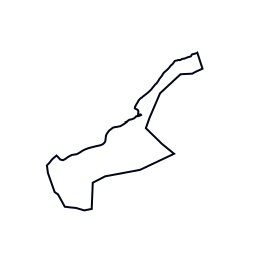 outline of Banannes Bay, Castries, Saint Lucia, rotated 299°
{"feature_id": "8701671B10070089345452", "entity_name": "Banannes Bay", "entity_type": "district", "adm_level": 2, "iso_a3": "LCA", "parent_name": "Saint Lucia", "parent_adm1": "Castries", "projection": "orthographic", "projection_center": [-61.0, 14.011], "detail": "fine", "context": "isolated", "style": "outline", "palette": "ink", "viewbox_px": 256, "rotation_deg": 299, "n_neighbors": 0, "source": "geoboundaries", "source_scale": "gbopen_adm2", "svg_char_len": 1937}
<svg xmlns="http://www.w3.org/2000/svg" viewBox="0 0 256 256"><g transform="rotate(299 128 128)"><path d="M216.0,164.4L227.5,152.1L226.5,151.5L226.2,151.2L225.2,150.2L224.0,148.9L223.5,148.4L222.7,148.2L222.1,148.3L221.5,148.3L221.0,148.1L220.6,147.8L219.9,147.1L218.8,145.9L217.5,144.9L216.1,143.7L215.7,143.2L214.5,141.7L213.6,141.3L213.1,141.0L212.4,140.3L212.3,139.7L211.7,138.9L210.9,138.2L210.2,137.3L209.7,136.8L209.2,136.4L208.3,136.3L206.9,136.2L205.2,135.9L204.1,135.4L203.1,135.1L201.3,134.9L199.2,134.4L197.7,134.0L195.1,133.0L193.9,132.6L192.5,132.4L189.6,132.3L186.4,131.7L184.2,131.7L181.2,131.4L179.7,130.9L178.7,130.6L175.7,130.1L172.7,129.6L170.8,129.0L168.9,128.4L166.2,127.3L163.9,126.3L163.1,125.9L161.5,125.4L160.5,124.8L159.0,124.3L157.2,123.9L155.3,124.0L152.5,123.8L149.8,123.9L148.5,124.5L148.4,124.9L148.5,125.5L148.6,126.2L148.4,128.1L147.8,128.8L147.5,129.0L146.5,129.5L144.7,130.2L144.5,130.4L145.1,131.7L145.8,132.1L146.0,132.5L145.7,133.1L144.5,132.3L143.2,131.0L142.8,130.4L142.4,129.6L140.6,129.1L139.5,128.7L137.6,127.2L136.1,125.5L135.4,124.9L133.5,124.2L133.1,123.9L132.3,123.3L132.2,123.8L129.9,122.8L127.5,121.4L125.7,120.3L124.4,118.6L123.6,117.8L122.4,116.1L120.9,114.6L119.4,114.0L116.7,112.8L114.9,112.5L112.6,112.3L112.0,112.3L110.5,112.5L109.6,112.9L107.6,113.7L105.6,114.5L104.2,114.6L102.0,114.0L100.6,113.1L99.1,111.8L96.7,109.0L95.2,107.4L93.8,105.9L91.2,103.2L88.0,100.5L85.5,98.9L84.4,98.4L81.6,96.8L80.1,95.7L78.6,93.7L77.1,91.9L74.9,90.4L73.8,89.8L73.0,89.3L72.0,88.9L70.4,88.1L69.6,87.6L68.3,86.7L67.6,84.2L68.0,82.8L68.7,80.8L68.9,80.3L69.2,78.8L64.0,76.9L63.0,76.7L59.3,76.1L56.0,75.2L49.8,79.8L36.4,94.9L36.0,99.0L28.5,110.9L30.7,116.3L32.9,121.4L34.7,129.6L39.6,135.5L63.1,123.7L74.6,131.4L87.8,147.4L97.2,158.8L127.8,180.8L130.5,165.7L136.5,143.7L147.3,141.9L173.9,139.2L200.5,147.9L206.7,157.9L209.8,159.8L216.0,164.4Z" fill="none" stroke="#020617" stroke-width="2"/></g></svg>